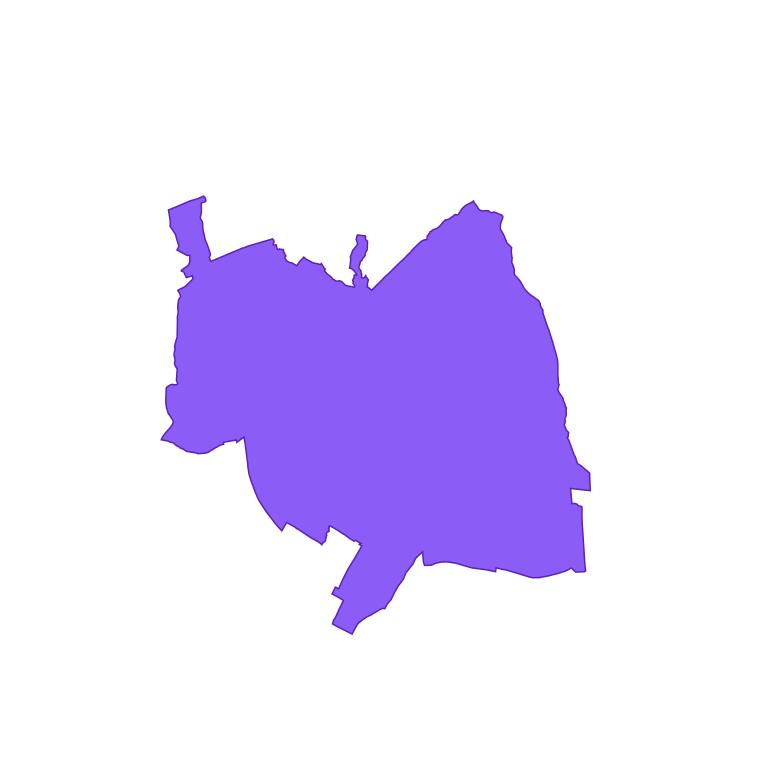 the district of Ardeoani, Bacau, Romania, rotated 227°
{"feature_id": "2599482B27984899635194", "entity_name": "Ardeoani", "entity_type": "district", "adm_level": 2, "iso_a3": "ROU", "parent_name": "Romania", "parent_adm1": "Bacau", "projection": "natural_earth1", "projection_center": [26.618, 46.525], "detail": "fine", "context": "isolated", "style": "filled", "palette": "violet", "viewbox_px": 768, "rotation_deg": 227, "n_neighbors": 0, "source": "geoboundaries", "source_scale": "gbopen_adm2", "svg_char_len": 6147}
<svg xmlns="http://www.w3.org/2000/svg" viewBox="0 0 768 768"><g transform="rotate(227 384 384)"><path d="M456.8,574.3L457.3,571.1L458.7,566.7L459.1,562.3L458.9,560.4L457.3,553.7L458.2,552.5L459.4,551.6L459.7,550.9L459.6,548.7L460.1,546.3L460.3,544.0L460.7,542.9L462.0,541.2L462.2,540.4L462.0,536.5L461.6,534.5L461.5,533.1L461.6,529.0L463.4,524.9L463.4,523.0L464.0,521.8L463.4,520.5L462.7,516.5L460.9,514.5L460.6,513.9L460.7,513.1L461.7,512.2L462.5,510.4L463.0,507.7L462.9,499.0L462.6,495.0L462.3,493.3L462.3,488.8L462.0,486.2L462.0,476.2L461.6,462.3L461.8,459.1L461.3,449.7L461.3,445.9L461.1,440.6L460.7,440.3L460.8,439.3L461.7,438.9L466.3,438.2L466.6,437.9L466.9,438.9L467.7,439.3L469.0,440.6L470.8,443.6L474.7,444.0L475.8,444.5L475.2,441.9L475.7,441.2L476.4,440.5L477.1,440.4L477.8,440.8L479.8,442.8L480.8,443.0L482.5,444.3L483.5,444.5L485.1,444.4L485.8,444.6L487.2,446.1L488.7,448.9L489.6,450.3L489.7,450.9L489.5,452.3L490.4,454.0L490.4,456.7L491.1,458.2L492.4,459.5L492.7,460.1L493.6,463.1L494.0,463.7L499.4,469.1L499.8,469.3L502.4,469.1L503.8,470.3L504.3,471.2L505.1,471.3L510.9,466.4L510.9,465.4L508.7,462.3L505.1,460.6L504.0,459.5L503.0,452.1L499.8,445.9L498.0,444.8L494.8,441.2L492.2,437.8L491.0,438.8L487.5,439.3L483.1,438.9L482.4,438.1L482.4,437.9L483.6,437.4L483.8,436.3L482.7,435.0L481.9,434.4L481.8,433.0L481.1,431.7L479.2,430.8L478.9,430.0L478.5,429.8L477.4,429.8L475.4,429.3L475.2,428.6L475.5,427.8L476.8,427.2L480.3,424.4L482.8,423.0L487.2,423.0L488.6,422.6L489.7,422.0L490.7,420.4L492.1,419.1L493.4,418.9L495.6,418.0L496.7,418.3L498.8,418.3L502.8,417.6L504.1,417.5L505.2,417.8L506.5,417.4L507.5,417.9L508.1,419.5L509.4,419.2L514.8,420.4L514.8,419.0L515.1,418.6L516.5,417.9L521.5,414.4L523.9,413.8L525.3,413.2L528.7,412.1L531.5,411.9L531.1,406.2L530.9,404.6L530.4,402.9L530.2,401.1L530.3,400.8L533.3,399.8L534.6,399.7L537.3,397.9L539.3,397.0L541.4,397.0L543.8,397.6L544.5,398.3L544.5,399.6L546.4,399.8L547.8,400.7L549.0,400.7L551.0,402.1L552.9,400.3L554.2,399.6L554.4,398.2L554.9,398.0L557.3,398.7L559.0,400.1L559.6,399.8L560.0,398.8L560.5,398.3L562.0,398.3L562.6,400.2L564.5,401.5L566.1,401.5L577.7,378.3L579.5,373.7L579.9,373.3L591.7,341.1L593.9,341.6L595.8,342.8L596.9,345.3L599.4,346.6L605.7,349.5L611.2,351.5L618.9,356.0L622.5,358.4L623.9,359.9L626.4,361.7L630.0,362.6L631.1,363.1L632.2,365.0L633.9,367.3L640.9,373.8L639.1,377.9L639.8,378.9L641.4,380.0L643.0,380.3L644.5,380.2L646.8,373.6L650.0,367.4L655.8,351.5L658.3,345.1L648.5,338.5L645.4,335.2L635.7,333.5L624.5,327.8L623.2,324.0L612.2,327.7L610.5,329.7L605.5,325.0L604.4,322.0L604.6,318.5L605.0,317.0L605.1,314.7L605.3,314.0L605.3,313.2L605.0,313.0L604.6,312.9L602.7,313.8L601.9,313.9L599.9,312.9L598.7,312.9L597.3,312.0L596.5,312.1L593.9,317.6L592.8,316.8L591.2,316.2L590.9,305.9L591.3,303.5L592.6,299.3L593.0,297.0L588.9,296.1L586.5,294.7L585.7,291.3L583.0,287.8L580.1,284.8L576.8,282.4L573.9,278.5L571.3,276.2L559.4,264.7L557.2,260.8L554.2,256.4L551.8,254.7L549.8,251.7L547.9,249.8L543.9,247.6L542.3,245.1L540.5,243.9L535.9,242.9L528.2,234.6L525.3,233.6L524.8,232.5L525.9,230.6L528.0,229.1L528.8,227.7L529.8,224.0L529.5,221.9L525.3,217.7L519.3,211.8L515.0,208.8L509.7,206.2L501.4,204.9L499.3,203.4L498.0,198.8L497.2,190.1L496.3,185.9L495.1,183.1L490.0,186.8L487.0,188.1L484.4,189.9L482.1,189.9L479.6,190.4L477.7,191.3L476.4,191.2L473.7,192.6L469.3,193.7L462.1,199.3L459.9,200.4L456.1,205.1L454.5,207.5L453.7,209.6L453.6,211.5L453.0,213.3L452.4,216.7L450.9,222.8L449.3,225.6L450.8,226.9L443.8,237.8L441.7,236.5L440.7,245.2L439.4,244.6L435.1,241.8L418.3,229.7L415.9,227.7L409.8,223.6L403.6,220.6L393.2,216.3L387.6,214.2L383.2,212.9L371.3,210.8L354.7,209.2L346.3,209.1L349.1,218.3L339.0,221.6L338.4,221.3L336.1,222.2L321.7,225.6L313.1,228.3L310.7,228.8L308.8,228.9L309.5,230.1L309.2,231.9L309.2,234.1L310.0,235.3L310.9,236.1L311.2,237.2L312.1,237.7L312.3,238.8L314.1,240.1L314.4,241.3L313.6,243.2L314.5,243.5L314.7,244.5L316.3,245.1L316.2,245.9L317.5,246.6L317.6,246.9L316.9,247.7L316.2,248.1L308.5,250.4L301.9,251.9L300.9,252.4L295.4,253.3L289.5,254.9L289.1,256.5L283.2,258.4L283.7,256.6L280.7,257.2L276.9,245.0L273.1,231.3L269.1,220.3L265.2,211.2L268.6,210.0L265.9,202.8L259.9,204.9L253.4,206.7L249.7,197.2L246.7,190.1L245.9,187.6L245.8,186.4L243.7,182.7L238.0,184.5L222.9,190.1L225.8,198.6L226.3,200.5L226.5,202.8L226.1,208.2L225.6,210.2L225.7,211.4L223.8,217.4L223.6,219.7L223.1,220.8L222.0,226.7L220.8,229.9L219.1,231.5L220.7,235.7L221.5,242.3L224.1,248.8L226.6,256.7L227.5,262.2L228.3,265.6L230.9,271.0L232.5,281.8L233.3,284.3L234.8,287.7L235.0,290.8L234.9,297.7L227.1,291.6L223.7,289.9L219.5,294.7L218.8,296.1L217.6,299.7L214.8,304.4L212.9,306.5L213.0,306.7L209.8,309.7L204.3,314.1L189.5,322.9L178.0,332.4L170.6,337.6L173.1,340.6L167.1,344.6L164.9,346.4L144.5,358.2L140.9,360.6L136.4,365.6L131.5,373.4L126.3,383.1L123.7,388.6L122.9,391.0L121.7,395.3L121.3,395.7L118.4,395.6L115.6,396.0L110.0,402.6L109.7,403.9L114.5,407.4L148.1,434.9L153.2,439.4L158.1,444.1L159.6,445.1L162.0,443.3L162.9,443.1L164.2,443.3L166.1,442.3L168.1,440.5L168.3,439.8L180.4,449.2L165.3,462.1L176.6,471.8L178.1,473.3L178.9,473.6L190.1,472.3L191.3,471.8L193.5,471.4L194.6,471.6L200.6,474.4L202.1,474.6L216.1,480.5L219.8,481.6L220.1,483.1L220.9,483.7L222.5,485.9L225.7,485.9L229.4,487.2L231.4,488.3L232.4,490.4L233.1,491.3L235.2,492.4L236.5,495.5L238.0,497.1L240.4,499.1L242.2,501.2L244.8,501.7L245.3,502.4L249.3,503.8L251.6,505.2L255.0,505.8L258.2,506.1L261.7,507.5L264.2,511.7L265.3,511.9L273.1,518.2L279.4,524.2L282.7,526.9L287.9,529.9L299.8,536.0L310.8,541.3L317.3,543.9L327.6,548.7L329.8,550.7L332.4,551.0L335.0,552.0L336.2,553.1L339.6,553.9L350.8,551.7L356.0,551.5L358.5,551.8L365.8,553.7L373.4,554.1L375.0,553.9L378.2,556.7L380.7,558.4L384.5,559.9L385.5,560.0L389.0,563.9L390.7,564.7L391.0,565.3L392.7,566.3L394.9,568.2L396.7,570.4L403.3,570.1L410.5,572.9L413.4,573.8L418.1,574.8L421.3,578.0L422.7,580.3L424.5,584.1L425.3,585.0L426.2,585.3L428.0,585.0L430.6,583.6L433.3,582.7L434.9,581.6L435.4,580.2L436.3,579.3L437.5,578.7L439.7,578.5L440.9,577.2L443.0,574.3L445.7,572.7L447.5,572.5L449.8,573.1L455.6,573.7L456.8,574.3Z" fill="#8b5cf6" stroke="#5b21b6" stroke-width="1.5"/></g></svg>